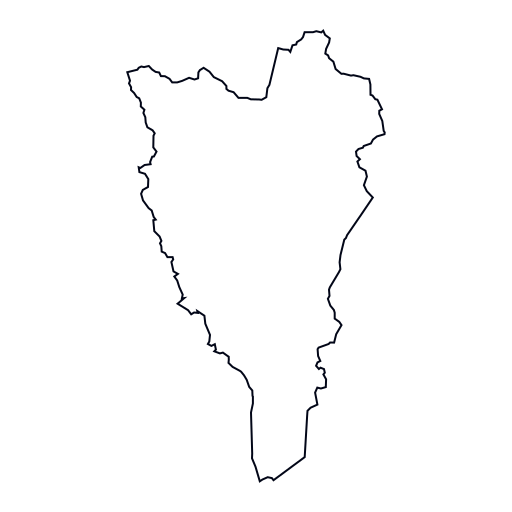 Yauco, Puerto Rico (Mercator projection)
{"feature_id": "32010507B94179162407819", "entity_name": "Yauco", "entity_type": "district", "adm_level": 2, "iso_a3": "PRI", "parent_name": "Puerto Rico", "parent_adm1": "", "projection": "mercator", "projection_center": [-66.863, 18.063], "detail": "fine", "context": "isolated", "style": "outline", "palette": "ink", "viewbox_px": 512, "rotation_deg": 0, "n_neighbors": 0, "source": "geoboundaries", "source_scale": "gbopen_adm2", "svg_char_len": 2916}
<svg xmlns="http://www.w3.org/2000/svg" viewBox="0 0 512 512"><path d="M127.3,72.2L130.0,80.7L129.0,83.4L131.1,87.2L131.0,90.0L134.1,93.0L136.7,97.0L139.2,98.3L140.9,102.6L140.8,106.5L144.4,109.7L143.4,113.0L145.3,117.2L145.7,122.5L147.4,127.3L152.6,130.3L154.7,133.3L153.5,135.7L153.3,147.4L156.5,151.6L153.9,156.5L152.2,156.7L150.1,162.1L150.6,164.2L144.6,165.0L140.3,168.0L138.7,167.3L139.4,172.1L140.4,172.4L145.0,173.8L148.3,179.1L148.0,187.0L142.8,189.9L141.1,193.8L143.0,200.4L148.6,208.1L151.7,210.5L153.7,217.0L155.7,219.6L153.3,220.2L154.3,231.2L159.6,236.5L161.4,240.9L160.0,243.3L161.3,246.2L161.7,251.6L165.1,253.1L167.4,257.1L172.6,257.1L173.2,259.4L171.4,262.0L173.5,271.4L177.9,273.9L174.3,276.5L177.2,280.5L179.3,287.1L182.7,294.6L181.9,298.4L184.2,298.1L177.6,303.7L188.1,310.2L191.2,314.3L194.1,312.5L197.8,312.9L197.3,311.0L204.4,315.7L205.3,323.7L210.0,334.9L209.3,341.5L207.9,344.0L211.4,345.9L214.8,344.2L215.9,349.6L214.3,351.3L219.9,353.4L222.9,352.6L227.2,355.7L228.7,356.7L228.8,359.6L228.5,362.9L232.6,366.9L239.8,370.8L241.1,371.7L244.0,375.3L246.7,379.8L249.2,386.9L252.3,390.5L252.5,395.9L252.9,396.5L252.9,403.5L251.0,412.5L252.2,453.6L252.0,458.3L255.5,466.7L259.8,481.3L262.5,479.5L266.8,477.6L267.7,477.2L271.9,478.1L273.5,480.2L304.7,457.1L307.2,414.9L307.5,410.8L310.6,407.7L317.4,404.6L315.1,392.6L317.3,387.6L320.9,388.5L325.8,387.1L326.1,379.3L323.4,374.4L324.8,372.7L324.0,369.1L320.5,367.7L318.9,369.0L316.1,365.8L317.5,362.4L320.3,361.0L318.1,356.0L317.6,349.2L318.6,347.6L328.6,344.0L330.1,342.5L334.1,342.6L336.2,334.2L341.5,325.1L339.3,321.9L334.7,318.6L334.7,312.7L333.9,310.0L330.3,305.6L327.9,298.8L329.5,295.9L329.0,289.7L329.8,287.4L339.0,272.0L340.4,269.2L339.6,262.3L340.5,255.0L344.3,239.6L345.9,238.1L347.1,235.1L350.3,230.5L359.0,217.8L360.2,216.1L372.8,197.5L366.8,191.2L363.9,185.2L366.9,176.6L365.5,170.7L359.4,167.3L357.4,161.5L359.9,159.2L356.6,156.0L356.0,151.6L358.5,149.0L362.9,147.7L363.7,146.0L370.9,143.5L373.0,139.6L377.0,136.4L384.5,134.2L384.7,132.4L383.7,130.9L382.3,121.0L379.2,113.9L379.3,110.7L382.0,109.3L377.4,99.7L375.3,99.2L372.5,95.5L370.5,94.8L370.4,84.5L369.1,78.9L363.9,78.4L360.5,76.8L353.4,75.2L351.0,75.6L343.6,73.7L341.4,73.8L335.6,69.0L333.4,61.7L329.1,58.2L328.1,55.4L325.3,53.6L326.1,48.9L329.1,42.5L329.8,38.4L325.1,34.9L323.2,30.7L321.3,32.4L316.3,31.2L313.0,32.2L304.6,32.2L303.0,37.1L301.2,39.4L296.9,42.1L296.2,44.5L292.5,45.3L290.3,51.9L288.5,49.8L283.2,49.5L278.2,48.1L269.4,84.9L267.4,88.2L266.3,97.2L261.6,99.8L259.3,99.5L250.8,99.3L247.4,97.9L238.5,97.9L233.6,92.2L228.5,90.7L226.4,88.9L226.4,86.0L222.1,81.2L213.8,77.1L209.5,71.7L203.6,67.8L199.9,70.1L198.4,72.4L198.1,78.3L194.5,79.5L189.1,77.8L182.1,80.9L177.2,82.4L172.2,82.4L169.5,78.8L164.9,76.2L160.9,76.1L159.2,72.5L155.6,71.9L152.1,69.5L148.8,66.0L144.0,67.1L141.3,66.5L138.7,67.8L137.4,69.7L127.3,72.2Z" fill="none" stroke="#020617" stroke-width="2"/></svg>